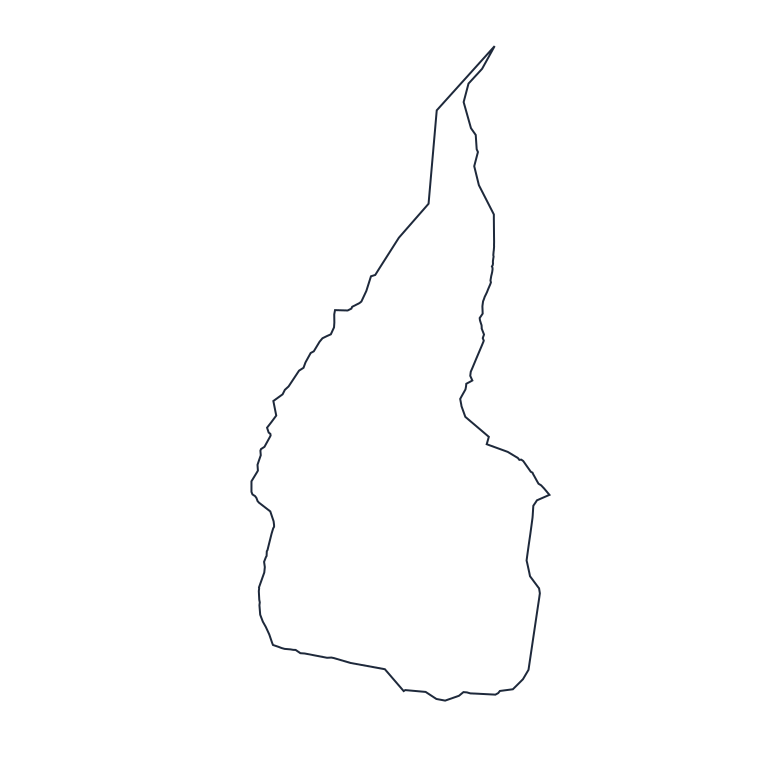 outline of San Francisco Huehuetlán, Puebla, Mexico, rotated 353°
{"feature_id": "50627088B76288874941262", "entity_name": "San Francisco Huehuetlán", "entity_type": "district", "adm_level": 2, "iso_a3": "MEX", "parent_name": "Mexico", "parent_adm1": "Puebla", "projection": "orthographic", "projection_center": [-96.935, 18.204], "detail": "fine", "context": "isolated", "style": "outline", "palette": "slate", "viewbox_px": 768, "rotation_deg": 353, "n_neighbors": 0, "source": "geoboundaries", "source_scale": "gbopen_adm2", "svg_char_len": 2911}
<svg xmlns="http://www.w3.org/2000/svg" viewBox="0 0 768 768"><g transform="rotate(353 384 384)"><path d="M492.6,685.3L509.1,625.6L512.0,615.2L513.2,610.7L513.0,605.7L512.2,604.4L505.5,592.6L505.2,588.8L504.3,579.1L504.0,576.6L505.2,572.0L508.0,561.5L510.9,550.9L513.2,542.2L515.1,534.9L515.6,532.5L516.9,525.5L517.4,523.0L520.3,519.7L521.6,518.1L534.7,514.2L530.5,507.7L530.3,507.4L527.6,503.7L525.2,501.8L523.9,498.7L521.7,493.2L521.1,491.8L520.6,490.1L519.0,489.0L516.0,483.4L512.8,477.4L511.0,475.8L510.1,475.8L509.1,475.8L507.9,473.8L498.6,466.5L495.5,464.9L478.6,456.3L480.9,450.9L481.6,449.2L474.8,441.8L465.0,431.2L460.7,426.5L458.9,418.5L458.2,415.4L458.2,414.4L457.8,408.1L459.5,405.7L464.2,399.3L465.1,396.5L465.7,393.8L469.1,392.5L472.1,391.3L470.6,386.4L471.6,382.4L473.9,378.5L478.5,370.4L481.9,364.5L485.7,357.9L487.9,354.0L488.3,353.1L487.6,350.5L488.6,348.5L489.3,347.1L487.7,340.8L487.8,340.6L488.0,337.6L487.5,335.2L487.0,332.4L487.0,330.2L490.5,326.2L490.9,321.7L491.1,319.2L491.2,318.6L492.4,314.0L492.8,313.3L493.7,311.6L494.5,309.9L495.4,308.5L496.0,307.6L496.2,307.3L496.5,306.8L497.4,305.4L498.8,302.8L501.6,298.0L502.5,296.2L502.3,294.2L503.5,290.2L503.8,289.3L504.1,288.6L505.0,286.1L505.7,283.5L505.8,282.8L505.8,281.5L505.4,280.5L506.4,279.3L506.9,277.5L506.9,276.6L507.1,275.2L508.0,271.9L508.3,271.1L508.2,269.4L509.0,265.6L509.2,265.0L510.0,261.1L510.1,259.8L510.6,256.3L511.3,250.0L513.2,233.1L513.7,229.1L502.4,198.2L500.1,178.8L505.5,165.2L504.6,162.3L505.4,148.0L501.5,140.7L497.4,113.9L504.5,96.1L519.8,83.1L535.0,62.1L469.7,118.8L450.2,210.5L416.6,240.6L392.8,269.5L388.6,274.7L384.2,275.5L377.8,289.5L371.6,299.4L369.5,300.7L361.8,303.5L360.8,305.2L356.9,306.6L344.4,304.7L343.1,308.8L342.2,317.0L341.3,321.7L337.3,328.2L333.1,329.5L328.5,331.1L325.2,334.2L318.3,343.0L315.0,344.3L308.7,353.0L306.1,358.1L301.3,360.4L289.0,374.8L284.9,377.7L282.1,381.9L272.1,387.4L273.2,402.2L267.4,408.3L262.6,413.1L263.6,418.1L265.1,419.6L265.2,421.2L264.7,422.1L257.7,431.8L254.0,433.6L253.2,435.1L253.0,439.7L250.5,444.8L248.6,448.8L248.3,454.5L247.8,455.3L240.6,464.4L239.3,474.9L240.0,477.6L242.4,479.6L243.5,481.6L244.0,483.7L244.2,484.7L245.4,486.5L255.6,496.6L257.7,506.8L257.7,510.5L257.5,512.3L256.4,513.8L254.2,518.8L250.5,528.4L248.1,534.7L247.3,535.7L246.5,540.4L245.7,541.4L243.3,545.9L243.4,551.2L242.2,556.5L235.1,570.7L235.2,571.4L234.5,574.4L233.9,583.0L234.1,585.6L233.4,588.4L233.0,597.9L234.0,602.0L234.8,605.2L237.1,610.8L239.6,618.6L241.4,627.2L242.0,629.5L247.2,632.0L250.2,633.6L253.1,634.8L258.8,636.0L261.5,636.8L263.9,637.2L268.2,641.0L272.4,641.8L294.1,648.8L298.4,649.1L300.8,649.9L316.8,656.8L350.1,667.2L366.1,691.2L367.8,690.4L387.8,694.7L397.6,703.0L406.1,705.7L420.4,702.6L425.3,699.5L428.7,700.2L432.0,701.6L438.0,702.6L456.7,705.9L459.7,704.7L461.6,702.8L474.7,702.7L485.9,694.0L492.6,685.3Z" fill="none" stroke="#1e293b" stroke-width="2"/></g></svg>